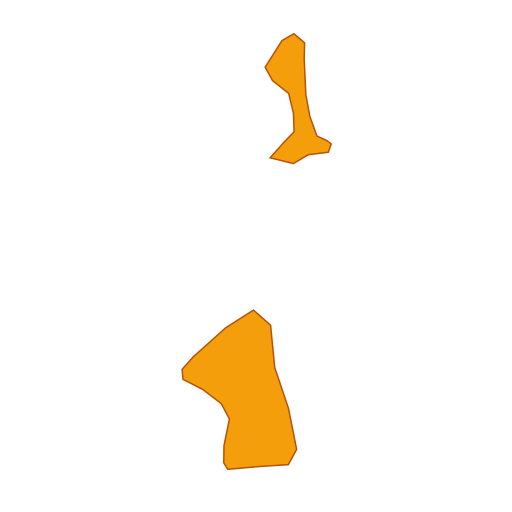 the district of Manu'a, American Samoa, United States of America, rotated 79°
{"feature_id": "52423323B93715825211285", "entity_name": "Manu'a", "entity_type": "district", "adm_level": 2, "iso_a3": "USA", "parent_name": "United States of America", "parent_adm1": "American Samoa", "projection": "albers", "projection_center": [-169.56, -14.213], "detail": "fine", "context": "isolated", "style": "filled", "palette": "amber", "viewbox_px": 512, "rotation_deg": 79, "n_neighbors": 0, "source": "geoboundaries", "source_scale": "gbopen_adm2", "svg_char_len": 620}
<svg xmlns="http://www.w3.org/2000/svg" viewBox="0 0 512 512"><g transform="rotate(79 256 256)"><path d="M308.6,268.8L320.7,299.5L343.0,336.8L353.2,350.2L363.2,351.2L377.0,333.6L394.4,318.2L410.9,313.2L436.0,323.6L452.9,327.1L460.0,324.4L463.3,292.6L467.0,264.1L453.6,253.0L411.7,253.2L369.1,258.9L326.8,254.9L308.6,268.8ZM45.0,176.4L49.5,189.4L72.4,211.0L87.0,206.3L102.7,192.9L123.0,192.0L141.4,194.9L149.1,206.1L162.3,223.4L172.4,201.7L166.6,185.5L167.9,165.1L160.4,160.8L156.4,164.2L149.9,173.3L129.3,176.5L107.3,176.3L71.8,171.1L56.0,167.6L45.0,176.4Z" fill="#f59e0b" stroke="#b45309" stroke-width="1.5"/></g></svg>